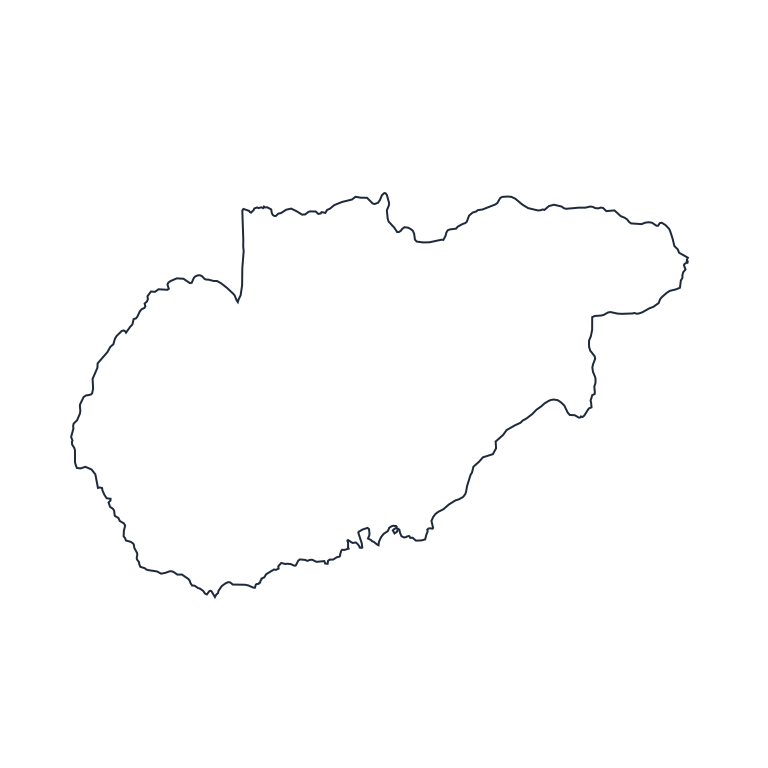 Railaco, Ermera, East Timor, rotated 173°
{"feature_id": "22284137B49797009799058", "entity_name": "Railaco", "entity_type": "district", "adm_level": 2, "iso_a3": "TLS", "parent_name": "East Timor", "parent_adm1": "Ermera", "projection": "natural_earth1", "projection_center": [125.456, -8.681], "detail": "fine", "context": "isolated", "style": "outline", "palette": "slate", "viewbox_px": 768, "rotation_deg": 173, "n_neighbors": 0, "source": "geoboundaries", "source_scale": "gbopen_adm2", "svg_char_len": 6135}
<svg xmlns="http://www.w3.org/2000/svg" viewBox="0 0 768 768"><g transform="rotate(173 384 384)"><path d="M695.5,337.2L690.5,338.2L684.7,334.8L681.5,329.5L680.6,315.7L678.9,316.0L676.5,315.1L676.4,312.5L675.0,308.0L673.2,304.4L669.4,303.4L669.7,301.7L671.8,300.0L670.9,295.5L668.3,293.2L667.3,291.2L667.3,286.0L663.9,283.3L662.9,280.2L659.2,277.4L658.2,275.0L660.1,269.9L661.0,264.5L659.7,262.4L659.2,260.1L654.6,258.2L652.7,256.5L651.9,255.3L651.8,251.7L649.7,246.4L649.6,244.8L650.6,241.8L650.6,240.1L648.9,237.0L648.9,235.1L648.1,232.2L644.0,230.4L642.7,229.0L641.0,228.1L632.1,225.6L628.3,222.9L623.9,223.2L619.7,224.2L618.0,224.1L615.9,223.2L612.3,220.0L607.8,219.5L601.9,214.3L600.8,212.5L600.3,209.9L599.0,207.4L596.6,206.9L593.4,204.1L591.7,203.4L588.6,200.6L587.3,197.9L585.5,196.7L582.8,199.5L581.6,200.0L580.4,199.2L577.8,193.1L576.1,195.5L574.3,196.6L573.5,198.8L569.7,203.2L565.5,205.5L562.7,206.3L560.8,205.8L558.6,203.4L546.5,201.7L543.2,200.6L539.1,198.1L537.0,197.5L535.7,200.4L535.0,200.9L532.7,201.0L532.0,201.9L531.1,202.0L530.6,203.8L529.3,205.1L529.3,205.8L526.4,206.7L524.1,209.6L515.8,213.3L514.0,212.7L511.1,213.6L511.2,215.6L510.7,216.4L507.8,218.9L503.7,217.3L501.9,217.4L498.4,216.6L495.8,214.9L494.1,214.5L493.7,214.6L490.7,219.0L489.0,220.1L488.2,220.0L483.7,219.0L481.7,217.8L478.6,218.5L476.5,218.2L472.7,215.7L464.8,215.5L464.3,213.0L461.9,212.4L461.1,215.3L459.4,216.3L456.0,215.9L451.9,217.8L449.2,218.1L448.4,219.0L448.5,219.7L446.9,223.4L445.7,224.6L443.6,224.1L439.2,224.9L439.6,226.3L439.0,230.5L439.4,233.1L438.7,233.5L434.7,230.1L431.2,230.1L429.8,228.5L428.1,225.7L428.1,224.6L426.0,224.1L425.5,224.3L425.5,228.7L427.6,239.4L427.3,240.3L423.3,242.1L417.9,243.2L416.6,241.8L416.6,237.7L417.0,235.6L418.7,232.6L415.8,230.6L415.1,229.5L413.4,228.6L410.1,225.2L409.1,224.6L408.3,227.9L405.7,232.2L402.7,235.2L398.1,237.6L396.2,240.8L393.7,241.9L392.1,242.2L389.2,241.5L388.8,240.7L389.3,239.7L391.2,239.0L393.1,237.7L391.8,234.4L389.4,235.6L388.7,236.4L388.3,238.5L387.8,238.7L386.5,237.5L386.2,234.2L385.2,230.8L383.0,229.3L380.8,229.3L380.0,229.8L377.9,230.1L377.3,229.7L376.7,228.1L374.3,227.9L371.7,224.9L370.9,224.6L366.1,224.2L362.1,224.7L360.4,229.2L358.6,232.4L358.8,234.2L357.5,235.1L356.0,235.2L353.4,234.5L352.8,235.2L353.6,242.3L351.4,246.0L348.7,248.8L345.5,250.6L340.2,252.5L334.3,256.5L327.2,259.8L323.7,260.4L319.4,262.2L318.1,263.4L316.7,264.9L315.7,267.0L313.9,272.8L309.1,283.4L307.5,285.3L305.3,291.0L299.2,295.2L294.7,299.2L284.5,301.1L280.6,306.5L280.2,313.3L271.9,319.0L268.0,323.3L258.9,327.1L253.2,328.9L251.0,330.7L246.8,332.4L240.5,336.1L235.8,339.9L230.7,342.6L227.0,345.2L222.5,347.2L220.2,347.8L217.4,347.9L213.4,346.7L210.4,344.0L207.7,340.7L205.2,333.4L203.5,330.7L198.3,329.7L194.9,327.0L193.7,326.8L192.7,327.1L192.5,327.7L190.9,327.1L189.0,328.3L184.3,334.1L183.3,334.9L180.9,335.5L180.7,340.5L181.0,342.3L178.6,347.6L176.2,348.3L175.7,350.3L175.6,355.8L174.1,358.9L173.5,362.2L173.5,364.8L175.1,370.6L175.2,374.9L174.2,377.9L171.3,383.4L171.6,386.0L175.2,391.9L175.9,395.6L175.8,397.5L175.2,402.1L172.9,406.1L170.8,412.4L169.2,425.0L166.6,425.8L159.7,425.5L157.3,425.9L152.9,427.7L150.4,427.8L143.6,425.4L139.8,424.7L128.6,423.7L126.9,424.0L124.8,423.0L122.8,422.9L119.1,423.6L111.3,426.8L107.2,427.8L101.6,430.8L99.7,434.3L97.9,436.2L92.6,439.8L89.1,441.6L82.4,442.4L78.5,443.5L76.8,450.4L74.8,453.2L74.6,455.4L73.4,458.5L70.8,460.9L71.8,465.4L71.2,466.4L69.2,467.4L68.8,468.2L68.0,467.5L67.6,468.4L68.3,470.3L67.0,472.3L75.1,478.3L76.1,481.9L79.0,485.6L79.8,492.9L81.4,501.2L82.1,503.2L85.0,507.2L88.6,510.2L90.8,510.0L92.6,507.7L94.3,507.9L98.3,511.4L101.6,512.3L105.1,512.3L108.9,511.3L119.2,513.3L121.1,515.1L122.7,517.8L124.9,519.7L128.5,521.7L134.1,528.2L142.3,528.5L145.1,532.0L147.3,532.7L149.7,532.2L152.8,532.8L155.3,534.4L157.8,535.0L162.7,534.5L169.4,535.3L181.9,535.7L184.1,536.6L186.1,538.5L193.4,541.2L198.6,540.5L203.6,537.2L205.1,537.9L207.5,537.4L210.1,537.5L219.5,541.0L224.7,545.1L231.1,551.9L234.7,554.2L238.3,555.0L243.9,555.3L246.0,554.4L249.4,549.9L251.4,548.7L265.0,545.2L269.8,545.1L271.3,544.1L275.2,543.3L279.0,540.8L282.1,534.9L283.8,533.8L286.6,533.2L291.6,531.2L293.6,529.4L299.7,529.4L302.0,528.8L303.7,526.6L304.9,523.5L307.5,519.8L309.3,520.2L321.9,519.1L328.2,519.8L334.2,521.4L335.7,523.5L335.8,529.6L336.7,532.6L338.8,534.7L341.2,536.3L344.6,537.1L346.9,535.8L348.7,534.0L350.8,533.0L352.4,533.2L354.8,538.0L359.7,544.8L360.2,548.0L360.0,556.1L357.4,560.6L356.9,562.8L358.1,571.3L359.2,573.1L360.4,573.5L363.1,571.6L365.7,566.9L367.9,564.6L371.4,563.8L373.3,564.6L378.2,570.9L384.2,571.7L389.5,573.3L393.3,571.0L403.4,569.8L411.6,567.6L416.3,564.6L419.3,563.7L421.4,561.0L425.0,562.2L426.1,561.0L428.5,560.8L430.7,563.5L436.0,564.3L437.9,564.1L441.7,561.9L444.7,562.1L449.9,566.3L454.8,569.4L459.8,568.9L465.4,566.2L468.1,566.0L470.8,564.0L472.4,564.2L473.7,565.2L474.5,567.2L474.7,571.0L478.3,573.6L480.5,573.7L481.5,574.7L482.4,573.3L484.2,574.3L487.2,573.9L488.4,574.7L491.3,574.0L492.1,572.6L495.1,570.3L496.2,571.0L496.8,572.3L502.2,574.9L503.5,573.4L506.1,544.1L507.0,537.5L507.1,532.9L510.5,516.3L512.8,499.3L515.5,489.5L518.0,485.7L519.1,483.1L520.1,485.1L521.5,490.3L523.0,492.4L528.2,498.6L533.3,503.7L537.2,506.6L540.5,507.0L545.9,509.1L547.7,509.3L549.2,510.1L551.6,513.3L553.5,514.4L555.8,514.5L558.3,513.7L559.8,512.5L562.5,507.9L564.4,507.8L570.2,512.9L576.8,514.1L583.3,512.2L585.8,510.8L586.8,509.1L586.0,504.7L587.5,503.9L596.2,505.5L600.1,503.4L604.0,504.2L608.1,499.9L608.0,497.1L609.1,494.9L611.8,493.0L611.4,490.2L612.5,488.7L615.5,487.7L617.5,485.8L620.6,480.9L622.1,479.4L624.6,478.9L626.5,473.7L628.8,471.9L633.8,466.4L634.5,467.9L635.9,468.9L638.0,468.5L643.7,464.1L645.6,461.6L647.8,456.4L651.1,454.2L654.7,449.3L665.7,439.4L666.5,435.0L672.6,424.6L673.3,414.9L674.8,410.3L676.0,409.4L677.9,409.0L681.0,409.0L683.7,407.7L688.1,400.9L688.5,399.6L688.7,394.3L689.4,391.7L693.0,385.5L696.9,382.5L697.7,380.0L697.7,377.6L701.0,369.6L700.1,365.8L700.9,364.4L700.9,361.8L699.3,358.5L698.8,356.0L700.2,344.0L700.0,342.1L699.1,338.1L695.5,337.2Z" fill="none" stroke="#1e293b" stroke-width="2"/></g></svg>